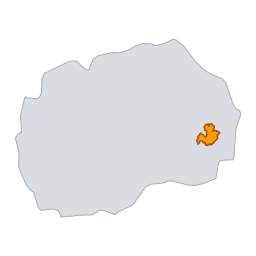 Vasilevo, Vasilevo, North Macedonia shown in context
{"feature_id": "65306769B98629679609772", "entity_name": "Vasilevo", "entity_type": "district", "adm_level": 2, "iso_a3": "MKD", "parent_name": "North Macedonia", "parent_adm1": "Vasilevo", "projection": "mercator", "projection_center": [22.637, 41.553], "detail": "fine", "context": "in_parent", "style": "filled", "palette": "amber", "viewbox_px": 256, "rotation_deg": 0, "n_neighbors": 0, "source": "geoboundaries", "source_scale": "gbopen_adm2", "svg_char_len": 2365}
<svg xmlns="http://www.w3.org/2000/svg" viewBox="0 0 256 256"><path d="M113.5,52.3L118.4,53.0L129.1,49.9L135.7,45.7L139.1,45.1L143.6,43.4L150.1,43.7L156.6,45.5L165.0,43.1L173.2,39.1L176.4,40.1L180.0,43.5L182.3,44.4L195.9,62.1L203.4,69.3L212.2,74.7L222.2,78.7L225.8,82.5L232.1,101.2L235.2,108.3L239.4,110.5L240.5,112.5L240.6,115.2L235.9,128.3L233.9,157.7L232.7,160.0L227.7,159.9L221.1,160.5L218.6,162.8L215.9,178.5L205.2,183.0L195.5,185.5L187.3,184.9L173.0,181.2L168.3,180.8L164.3,182.9L151.5,184.1L145.8,186.8L132.6,205.1L119.2,211.4L114.7,214.6L104.4,210.6L99.5,210.2L92.5,214.9L76.9,215.3L72.7,216.1L60.8,216.9L60.3,214.3L58.1,210.7L52.5,208.9L41.1,210.4L38.3,207.7L33.6,192.2L30.0,189.7L25.9,184.4L18.9,167.5L18.7,160.0L19.2,153.5L15.4,138.3L17.7,134.4L21.3,132.0L21.3,125.8L20.3,116.4L24.6,98.0L25.7,96.7L26.8,97.6L37.1,99.0L39.7,96.7L41.4,93.1L41.9,79.5L44.4,73.3L69.2,61.4L76.5,60.9L82.1,66.4L86.5,69.9L89.2,69.8L90.2,66.3L93.2,59.5L98.3,55.6L113.3,52.3L113.5,52.3Z" fill="#d9dde1" stroke="#a8b0b8" stroke-width="1"/><path d="M208.6,124.2L207.3,124.3L207.1,124.6L206.1,124.3L204.0,127.0L205.0,129.0L204.5,130.2L205.4,130.6L206.4,130.6L206.6,130.9L206.7,131.7L206.6,132.1L207.1,134.0L206.5,135.0L206.4,136.5L205.5,137.1L205.2,137.0L203.6,135.5L203.6,135.2L203.2,134.8L202.3,134.6L201.9,134.0L201.4,133.8L201.0,133.0L199.9,133.9L199.3,135.2L197.8,136.4L197.8,137.3L198.3,138.1L198.0,138.8L197.6,139.0L196.9,139.9L196.8,141.1L197.7,142.9L197.7,143.6L198.1,144.1L199.5,142.7L199.8,141.5L199.7,141.2L200.1,140.8L201.9,140.8L202.6,141.0L202.6,141.6L203.4,142.7L203.5,142.5L204.0,142.8L204.5,142.2L205.2,142.6L205.4,144.0L205.6,144.5L206.0,144.7L206.0,145.2L206.3,145.3L207.0,145.4L206.8,145.1L207.5,145.0L208.0,144.6L208.3,144.8L209.2,144.5L209.9,143.8L210.3,144.4L211.3,144.9L212.1,144.3L212.0,144.0L212.6,143.6L212.5,143.3L212.9,142.8L214.0,141.9L214.1,142.4L215.3,140.5L216.1,140.2L216.5,139.4L217.0,139.2L217.7,138.3L217.4,137.5L217.5,136.6L217.2,136.1L217.2,135.5L218.2,134.7L218.5,134.1L219.3,133.6L219.7,132.3L217.6,131.4L217.2,131.5L216.6,131.1L216.5,130.7L215.1,130.5L214.2,130.4L213.0,131.4L212.6,131.3L213.2,130.5L213.3,129.7L213.7,129.7L213.8,129.4L213.5,128.3L214.2,127.9L214.3,126.1L213.3,125.8L212.8,124.8L212.2,124.7L211.8,123.9L211.4,123.7L210.2,124.0L208.8,126.1L208.5,125.9L208.6,124.2Z" fill="#f59e0b" stroke="#b45309" stroke-width="1.5"/></svg>